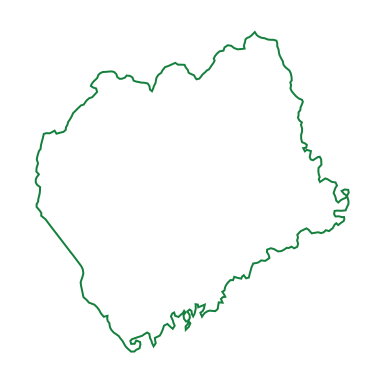 the district of Buri, São Paulo, Brazil, rotated 85°
{"feature_id": "56859067B24230561031426", "entity_name": "Buri", "entity_type": "district", "adm_level": 2, "iso_a3": "BRA", "parent_name": "Brazil", "parent_adm1": "São Paulo", "projection": "mercator", "projection_center": [-48.559, -23.74], "detail": "fine", "context": "isolated", "style": "outline", "palette": "green", "viewbox_px": 384, "rotation_deg": 85, "n_neighbors": 0, "source": "geoboundaries", "source_scale": "gbopen_adm2", "svg_char_len": 4958}
<svg xmlns="http://www.w3.org/2000/svg" viewBox="0 0 384 384"><g transform="rotate(85 192 192)"><path d="M209.3,37.9L211.3,39.6L212.2,42.5L213.1,44.5L215.2,47.2L213.1,49.1L210.2,49.4L207.9,50.0L205.5,51.0L203.5,50.2L200.4,48.8L198.2,47.0L195.0,48.2L194.0,52.0L191.0,56.0L190.1,58.1L191.4,60.4L193.2,63.6L190.5,64.6L188.2,63.5L185.1,64.2L182.0,64.3L179.0,63.8L176.1,60.7L170.7,60.5L168.0,61.7L168.3,63.9L170.9,68.7L169.9,70.9L167.3,71.7L165.2,71.0L161.6,70.0L160.0,74.0L161.3,76.0L158.0,77.4L157.8,74.4L155.1,73.5L153.4,75.2L152.0,78.0L148.5,78.6L144.5,78.3L141.6,77.1L138.2,76.8L134.6,77.6L132.2,76.5L130.1,78.8L127.1,80.0L125.2,79.2L121.9,78.9L119.9,77.0L117.0,76.4L114.0,74.7L111.8,73.7L109.7,74.4L108.2,77.4L105.8,79.9L103.2,81.9L100.3,83.9L97.3,84.9L94.4,84.0L91.4,84.5L89.5,82.9L86.1,82.8L82.2,83.3L79.5,84.4L75.8,88.1L73.3,89.7L69.6,90.2L66.3,91.7L63.1,92.9L61.0,93.2L57.4,93.4L54.2,94.4L51.1,94.1L48.6,94.7L47.5,97.6L47.3,100.0L46.7,103.2L45.2,106.1L44.4,109.4L42.8,112.2L41.3,113.8L38.1,115.5L41.1,118.9L42.7,121.4L43.3,123.7L44.6,125.4L47.7,126.3L50.8,127.6L53.7,127.1L53.9,130.8L53.8,134.3L52.2,137.6L49.8,140.1L48.9,143.5L50.8,147.0L53.9,148.3L54.3,152.3L56.0,154.7L58.3,157.0L60.9,158.7L63.0,158.0L64.9,159.1L67.5,161.3L71.2,164.3L72.1,166.4L74.1,168.8L75.8,171.2L77.6,172.8L79.7,174.8L80.1,177.7L78.1,178.9L75.9,179.8L74.1,183.2L72.8,185.0L70.2,185.5L67.3,187.4L64.7,188.3L64.3,191.1L63.9,194.9L61.9,197.4L62.9,200.3L64.4,204.5L65.2,207.9L68.1,210.7L70.6,212.3L72.3,215.2L74.9,217.3L76.8,218.0L80.1,218.8L83.2,220.7L85.4,221.6L88.1,223.1L86.4,224.9L82.7,225.2L80.0,226.7L79.0,230.0L78.6,233.1L77.8,235.4L77.1,238.1L76.0,240.4L72.6,241.4L70.9,243.8L70.3,247.0L72.1,248.7L73.0,251.5L73.0,254.1L71.0,256.4L68.0,257.1L65.7,259.1L64.9,261.2L64.8,264.0L64.8,267.4L64.7,270.5L65.7,273.2L67.2,275.0L70.3,276.6L73.5,280.6L75.6,282.5L77.6,283.5L79.3,281.4L80.5,278.5L84.0,277.8L86.6,280.6L88.9,283.2L89.6,286.2L91.6,289.0L95.5,292.3L96.1,295.1L97.4,296.7L99.0,298.7L100.9,300.9L103.1,303.6L106.4,305.4L109.6,307.7L111.5,309.3L114.1,310.2L116.6,311.9L119.1,312.4L120.9,314.8L121.6,319.4L122.1,321.9L118.9,323.6L120.3,326.4L121.1,329.0L120.7,331.7L121.2,334.6L124.8,335.7L128.0,336.9L132.3,338.4L135.9,339.1L137.9,340.9L141.1,342.2L143.5,343.1L146.0,343.8L150.1,342.9L154.4,344.7L158.0,345.3L161.1,343.0L164.0,345.6L166.2,346.6L168.8,346.8L171.2,345.8L173.9,342.9L178.5,343.5L181.0,344.1L182.9,344.8L185.6,345.7L188.1,346.1L190.7,347.9L193.3,348.1L195.7,346.4L197.6,345.1L199.9,343.9L202.5,344.3L206.4,340.3L210.8,337.6L213.8,335.7L241.6,318.0L244.8,315.9L256.2,308.8L259.3,307.6L263.3,307.3L265.5,307.9L272.2,310.8L275.5,310.7L287.3,309.3L290.4,306.3L293.2,304.3L295.7,299.1L298.6,296.6L301.2,294.9L304.6,293.5L308.6,290.8L308.0,287.0L310.7,287.5L313.2,287.2L315.6,285.7L318.1,285.7L320.1,285.3L322.1,284.5L325.1,282.3L327.9,278.9L329.4,277.3L331.3,276.3L334.5,274.1L338.2,272.5L340.3,271.4L342.5,269.6L345.7,266.6L345.9,263.3L344.3,261.3L343.1,257.9L339.4,256.7L336.9,256.8L335.1,260.5L338.2,262.4L338.0,265.8L335.1,266.4L333.4,264.7L332.3,260.3L331.7,257.8L330.9,254.2L329.3,251.5L328.1,248.9L329.6,246.9L334.0,246.5L336.3,245.5L338.9,245.0L342.4,243.7L339.4,241.3L337.1,241.6L334.1,241.7L333.1,238.8L332.3,236.7L330.1,235.1L326.6,233.2L322.7,231.5L321.3,228.0L324.3,225.4L326.6,223.1L323.7,220.9L320.5,221.9L317.8,222.4L314.1,223.8L311.4,222.3L310.5,220.3L313.8,219.6L315.3,216.4L313.2,213.7L311.9,211.8L309.7,210.2L311.6,209.0L314.0,211.2L317.6,211.0L320.5,209.2L320.1,206.8L317.2,205.1L314.2,205.1L310.6,207.1L308.9,204.6L310.4,202.9L313.7,202.7L316.0,201.7L313.4,200.0L310.6,199.1L308.6,198.4L304.1,198.2L304.7,196.0L307.4,195.8L306.3,192.3L305.3,189.1L309.1,190.2L311.4,191.6L313.1,194.2L317.1,192.9L315.4,191.6L313.6,189.8L312.2,187.1L311.7,184.8L312.2,182.2L312.7,179.2L310.8,176.6L308.3,176.0L304.3,175.0L304.9,171.2L301.1,172.5L299.5,170.6L299.3,168.0L296.4,169.2L294.0,170.5L292.9,168.2L290.1,167.5L287.5,166.0L285.2,164.0L283.1,161.4L283.4,158.8L280.2,157.3L281.5,154.1L282.6,150.5L280.7,149.5L279.4,147.7L282.7,145.6L282.2,142.8L279.3,141.9L274.7,140.2L272.1,139.2L268.5,137.2L268.4,134.5L267.9,131.9L266.2,129.1L267.0,125.0L265.8,122.9L264.5,120.6L261.1,121.2L258.3,122.6L256.0,122.2L254.9,118.3L256.0,115.3L258.7,111.4L258.6,108.1L257.2,104.8L255.9,102.6L256.2,100.2L255.1,97.8L257.0,95.1L255.7,91.9L252.7,90.8L249.3,91.5L246.7,90.4L243.7,90.8L240.5,87.2L239.6,84.7L238.2,81.2L239.8,79.1L241.8,77.7L243.6,76.3L243.3,72.7L243.1,69.8L244.2,67.0L243.6,64.3L241.7,62.0L242.9,58.9L241.5,56.9L240.4,55.0L237.0,52.8L235.7,51.0L237.7,49.3L236.0,46.7L234.2,43.5L232.4,42.6L230.2,42.7L230.0,45.0L229.0,47.9L228.9,51.2L226.5,52.4L223.3,51.6L223.2,48.9L223.7,45.1L223.7,40.6L221.0,39.2L217.6,37.2L214.8,36.9L212.5,37.3L209.3,37.9ZM209.3,37.9L206.2,35.9L203.5,36.2L202.8,39.8L204.0,42.8L206.9,40.9L209.3,37.9ZM320.1,206.8L322.7,207.4L325.4,210.1L328.7,210.2L326.0,206.9L322.6,205.1L320.1,206.8Z" fill="none" stroke="#15803d" stroke-width="2"/></g></svg>